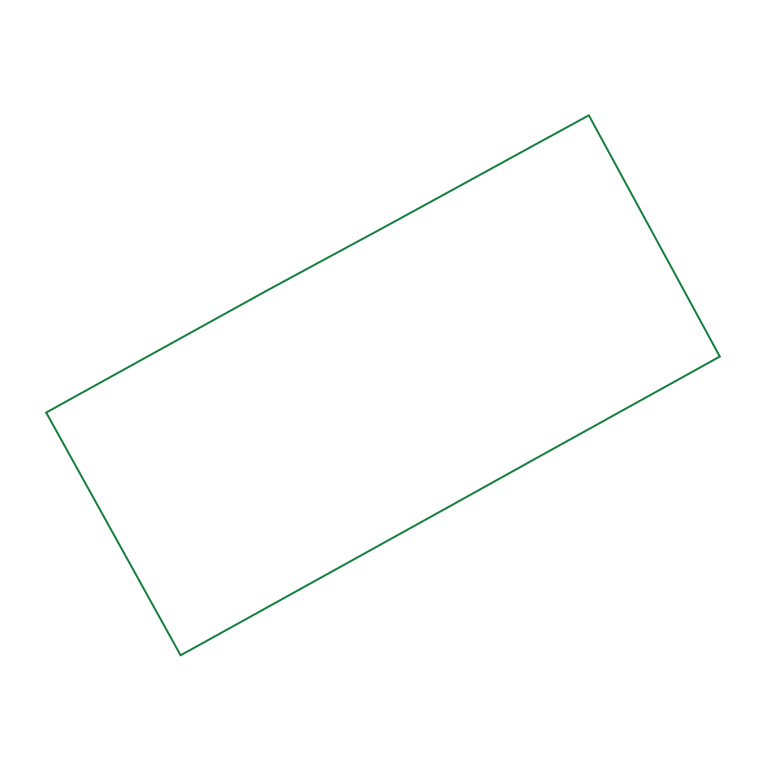 Dickey, North Dakota, United States of America (Equal Earth projection), rotated 151°
{"feature_id": "52423323B72146276319196", "entity_name": "Dickey", "entity_type": "district", "adm_level": 2, "iso_a3": "USA", "parent_name": "United States of America", "parent_adm1": "North Dakota", "projection": "equal_earth", "projection_center": [-98.514, 46.11], "detail": "fine", "context": "isolated", "style": "outline", "palette": "green", "viewbox_px": 768, "rotation_deg": 151, "n_neighbors": 0, "source": "geoboundaries", "source_scale": "gbopen_adm2", "svg_char_len": 367}
<svg xmlns="http://www.w3.org/2000/svg" viewBox="0 0 768 768"><g transform="rotate(151 384 384)"><path d="M77.0,245.2L74.6,519.7L136.8,520.1L137.4,520.1L249.1,520.7L310.5,521.1L383.9,521.9L441.3,522.5L583.2,522.7L583.9,522.7L654.6,522.8L693.3,522.8L693.4,245.4L676.2,245.3L386.5,245.2L288.4,245.3L77.0,245.2Z" fill="none" stroke="#15803d" stroke-width="2"/></g></svg>